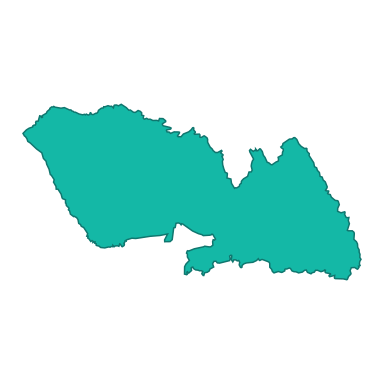 the district of Mbooni, Eastern, Kenya
{"feature_id": "3690345B27986350710354", "entity_name": "Mbooni", "entity_type": "district", "adm_level": 2, "iso_a3": "KEN", "parent_name": "Kenya", "parent_adm1": "Eastern", "projection": "albers", "projection_center": [37.612, -1.65], "detail": "fine", "context": "isolated", "style": "filled", "palette": "teal", "viewbox_px": 384, "rotation_deg": 0, "n_neighbors": 0, "source": "geoboundaries", "source_scale": "gbopen_adm2", "svg_char_len": 6027}
<svg xmlns="http://www.w3.org/2000/svg" viewBox="0 0 384 384"><path d="M184.5,274.1L186.7,274.7L187.3,274.2L186.8,272.2L187.4,271.7L188.7,273.1L191.6,270.5L191.1,268.0L192.2,267.1L193.0,267.2L193.4,268.5L195.6,269.9L198.2,270.2L199.5,270.8L201.1,270.7L202.8,271.4L201.8,273.8L203.2,275.5L203.8,275.5L204.6,272.8L207.4,272.2L209.3,270.9L209.9,269.1L213.7,267.0L212.6,263.8L213.9,261.4L215.9,261.2L217.3,262.9L219.6,263.1L229.6,260.6L230.2,258.8L229.6,256.1L230.9,255.2L231.6,255.4L231.8,256.1L231.3,259.6L232.8,261.9L233.9,259.8L235.8,259.9L237.2,260.9L238.7,260.5L239.7,262.3L239.2,264.9L240.5,267.4L241.3,267.6L241.9,267.3L242.2,265.3L244.2,263.7L246.6,262.9L252.9,262.3L256.6,260.5L258.3,258.7L259.3,260.3L259.8,260.5L261.4,259.6L262.4,259.5L268.5,261.8L269.3,262.5L269.7,263.4L269.8,267.3L271.6,269.3L272.4,271.5L274.0,272.9L278.3,271.5L281.5,272.4L282.4,272.2L284.8,270.8L284.8,269.4L285.3,269.0L286.8,269.0L289.0,268.1L289.8,268.1L290.6,268.7L292.0,270.9L294.0,271.7L296.0,271.8L298.6,272.9L302.4,272.1L304.6,270.3L306.2,270.0L307.5,272.4L311.0,273.8L312.1,272.8L314.4,272.1L315.5,270.3L317.6,270.3L321.0,271.7L323.4,270.9L324.7,269.9L325.4,270.2L325.0,271.9L325.8,272.8L330.4,273.7L330.5,274.4L329.2,275.3L329.0,275.9L329.7,276.7L334.7,275.4L334.4,277.7L334.6,278.3L335.3,278.6L343.4,278.9L346.8,279.7L347.4,279.3L348.5,276.5L350.7,274.4L351.0,273.5L350.1,270.7L351.3,267.7L354.7,267.5L357.3,269.2L358.0,268.8L359.0,267.2L358.5,266.2L359.7,265.9L360.1,265.5L359.4,264.0L359.7,261.6L361.0,259.3L359.8,257.4L360.0,254.3L359.2,252.3L359.1,249.8L357.7,247.3L357.5,243.9L356.4,241.7L353.9,239.4L354.3,233.7L354.0,232.3L352.3,230.8L348.2,230.8L347.3,230.3L349.4,223.7L348.3,220.6L348.9,217.5L347.0,217.7L345.9,217.1L344.5,214.0L345.0,213.1L345.0,212.1L344.6,211.8L341.0,212.8L337.6,211.3L337.7,208.3L339.3,204.7L338.3,201.5L337.7,200.7L335.3,200.4L333.7,199.2L331.3,197.1L330.3,194.6L328.0,193.9L327.6,193.3L328.7,191.8L328.6,191.0L326.1,190.8L325.5,190.3L327.0,187.9L327.2,186.8L325.3,181.9L323.1,179.9L322.2,177.1L320.1,176.4L319.4,172.5L317.4,170.4L316.6,167.8L314.5,166.7L313.7,162.7L309.1,155.6L309.3,153.6L307.8,152.3L306.9,150.7L306.9,148.7L306.4,148.3L304.5,148.5L301.2,146.4L298.8,143.8L296.8,139.4L294.8,137.6L293.6,137.7L292.2,138.9L289.4,139.1L283.0,143.5L282.5,145.6L280.8,147.0L281.3,147.8L283.2,149.0L283.3,150.6L282.5,152.2L282.3,154.9L278.1,157.3L278.5,159.1L278.3,160.8L277.9,161.3L276.2,161.9L272.0,164.8L271.0,164.6L268.7,162.7L267.2,162.3L265.0,157.4L263.4,155.3L262.3,151.5L260.5,149.0L259.8,148.8L257.8,150.7L257.1,150.8L255.7,149.0L255.8,150.6L254.7,150.3L253.2,151.4L250.5,149.3L249.5,150.5L249.8,151.9L253.6,159.1L252.3,161.1L251.5,164.0L251.2,166.1L252.2,170.2L251.2,171.9L249.0,172.0L247.6,176.4L243.7,178.7L242.4,180.0L241.4,181.3L241.2,183.4L240.3,183.9L239.5,185.0L239.4,186.3L236.7,187.9L235.2,187.8L234.5,188.3L231.5,183.3L230.9,179.0L227.0,178.0L227.4,173.7L227.1,173.1L225.2,172.4L223.8,168.8L222.7,164.8L222.4,161.2L223.2,159.4L221.9,156.2L222.9,155.7L223.0,154.7L220.7,152.9L222.0,151.1L221.5,150.4L217.7,152.5L215.4,152.5L213.0,150.5L212.4,149.2L210.1,147.0L207.6,142.2L207.6,139.2L207.0,137.8L204.4,135.9L203.6,136.0L201.6,137.3L200.2,137.3L199.8,136.9L200.0,135.0L199.3,134.1L194.7,134.3L194.2,133.8L195.3,132.4L195.3,131.9L193.7,130.0L193.8,128.0L193.2,127.6L192.6,127.8L191.2,129.7L188.8,131.8L183.4,134.0L181.1,136.7L178.1,136.7L177.5,136.1L177.7,135.6L179.4,133.1L179.5,132.3L178.9,132.0L174.1,131.9L170.6,133.4L169.2,132.1L167.0,131.9L166.4,130.5L166.7,129.9L170.6,129.1L171.1,128.1L169.9,127.4L163.2,125.8L162.4,124.7L162.5,123.7L165.7,121.7L165.6,120.7L163.0,118.6L159.5,118.5L158.6,120.9L156.7,120.4L152.9,120.5L150.2,119.2L148.1,119.3L146.7,118.3L144.3,119.2L143.2,118.0L143.7,115.7L141.6,115.1L141.7,112.8L140.4,111.4L138.1,110.5L135.4,112.4L133.5,112.3L130.3,110.0L128.8,110.2L126.3,107.6L121.2,104.3L118.5,105.8L116.5,105.0L114.6,105.1L114.1,105.4L113.4,107.9L111.6,106.2L110.3,106.4L108.0,105.7L104.9,106.8L103.7,106.7L103.3,107.9L101.3,108.2L98.5,110.3L97.9,112.1L96.7,113.3L95.6,113.3L93.5,114.5L92.2,114.5L91.4,114.2L90.8,112.8L90.3,112.7L89.6,114.5L88.2,115.1L86.3,114.1L85.3,114.9L84.5,114.3L82.6,114.8L79.1,114.0L75.4,112.2L74.2,112.2L73.1,111.3L71.9,111.0L70.9,109.9L69.6,110.0L64.4,107.6L61.0,108.2L54.8,107.1L53.8,106.4L53.1,107.0L51.7,106.9L50.3,107.9L49.8,108.4L50.0,109.0L47.1,111.5L46.4,113.2L42.3,115.6L42.5,117.2L41.9,117.6L41.4,117.4L40.8,116.1L39.7,115.8L38.2,121.1L36.1,121.3L35.6,122.4L35.9,123.8L35.2,125.1L34.0,125.1L32.8,125.9L32.8,126.8L32.3,127.1L29.1,128.2L26.4,129.9L23.0,133.4L24.4,135.9L25.5,136.7L26.9,138.7L27.8,141.4L30.3,143.0L36.5,148.9L41.8,152.8L43.4,158.4L46.1,161.3L46.7,164.2L49.1,169.3L50.3,174.6L51.3,175.2L54.2,179.7L53.5,182.1L56.0,186.4L56.2,189.2L58.0,189.2L61.1,194.1L62.1,197.9L62.7,198.7L65.5,199.8L65.5,203.0L66.0,203.3L66.4,205.6L68.7,207.8L69.0,208.5L68.4,209.8L69.6,210.9L70.4,214.1L73.6,216.6L74.2,216.3L76.6,217.6L78.0,219.6L78.7,223.4L80.5,224.5L81.3,226.3L83.7,227.5L87.7,233.6L86.8,236.2L88.1,236.2L87.7,238.0L88.8,238.7L90.8,241.5L92.0,240.6L93.1,241.4L92.9,242.4L94.2,241.8L95.1,241.9L94.7,243.2L96.2,243.8L96.1,245.1L96.8,245.6L98.8,246.0L100.7,247.5L104.8,247.9L108.9,246.9L110.1,247.2L111.1,246.5L112.8,246.7L112.9,245.3L114.2,246.7L115.3,245.9L117.6,245.8L118.9,246.3L119.7,243.9L120.3,244.2L121.8,246.5L122.4,246.7L124.1,245.5L124.4,244.2L123.9,243.2L124.6,242.6L125.1,240.9L126.2,241.1L126.2,240.1L127.0,239.7L131.9,238.2L135.7,238.5L150.1,236.3L159.9,235.5L167.6,234.0L164.6,239.9L164.7,241.7L170.1,241.6L172.2,239.7L173.7,227.9L175.2,227.5L176.0,223.3L178.3,222.9L180.2,223.6L181.1,224.8L181.7,223.7L182.7,224.0L192.6,231.0L198.5,233.7L201.8,234.6L203.3,235.6L209.8,235.2L211.5,234.7L211.8,234.2L212.8,234.4L215.5,239.1L214.5,240.1L213.2,239.7L212.6,241.7L212.9,245.1L210.8,246.8L209.2,246.9L204.7,246.2L203.6,246.8L194.3,248.8L188.8,251.0L187.8,250.7L187.2,251.1L186.5,253.1L187.4,254.0L187.4,257.0L189.4,260.4L186.0,264.0L184.6,266.7L184.5,274.1Z" fill="#14b8a6" stroke="#0f766e" stroke-width="1.5"/></svg>